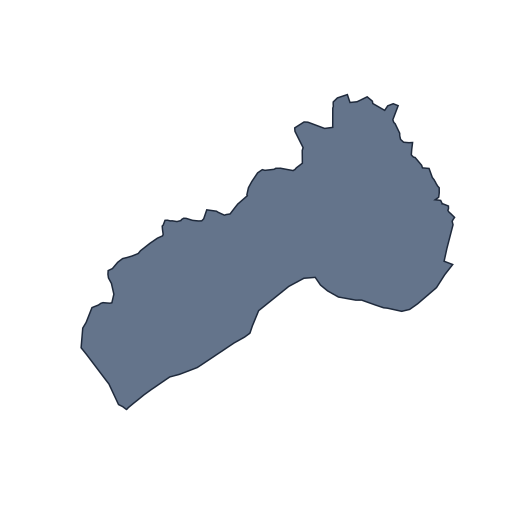 outline of Kagarko, Kaduna, Nigeria, rotated 336°
{"feature_id": "59680162B89404589930000", "entity_name": "Kagarko", "entity_type": "district", "adm_level": 2, "iso_a3": "NGA", "parent_name": "Nigeria", "parent_adm1": "Kaduna", "projection": "albers", "projection_center": [7.654, 9.484], "detail": "fine", "context": "isolated", "style": "filled", "palette": "slate", "viewbox_px": 512, "rotation_deg": 336, "n_neighbors": 0, "source": "geoboundaries", "source_scale": "gbopen_adm2", "svg_char_len": 2513}
<svg xmlns="http://www.w3.org/2000/svg" viewBox="0 0 512 512"><g transform="rotate(336 256 256)"><path d="M330.8,337.6L334.5,339.2L345.1,349.3L351.5,355.2L354.7,357.0L366.6,365.8L374.6,367.3L384.2,365.4L408.0,358.3L420.9,349.8L432.2,343.8L425.7,337.3L433.5,326.7L448.7,307.6L449.3,304.1L450.8,302.9L453.1,301.5L450.9,295.9L450.5,295.3L450.1,294.2L449.8,292.4L450.3,291.8L450.9,291.3L451.3,290.7L452.1,288.6L447.8,284.2L447.3,284.1L447.4,283.8L447.3,280.3L442.5,277.5L446.8,276.6L449.1,272.8L451.1,268.2L450.3,265.7L450.3,265.1L450.1,263.6L450.0,263.3L450.0,261.5L449.8,260.2L449.7,258.7L449.5,258.0L449.0,256.0L449.7,246.4L443.9,243.2L444.2,240.5L441.6,231.4L441.4,230.7L440.3,229.9L440.1,229.8L439.2,227.5L439.1,226.7L439.6,225.7L441.6,222.0L445.2,216.0L441.8,214.7L437.1,212.1L435.5,208.3L436.2,204.7L437.2,202.3L436.9,191.8L436.2,190.0L436.4,187.2L447.0,176.5L443.3,172.7L437.4,172.4L432.8,175.3L424.7,164.2L425.3,161.9L422.3,155.8L411.1,156.2L404.3,154.0L405.1,145.7L394.9,144.7L394.6,144.7L389.2,146.7L388.3,148.6L387.5,150.8L386.3,152.1L379.2,167.9L378.4,169.7L370.6,167.4L358.3,155.3L357.7,154.8L354.4,153.1L343.5,154.7L343.4,154.9L342.3,158.0L342.6,165.0L343.1,176.2L341.2,178.3L336.1,190.1L328.6,191.9L326.6,192.9L325.4,192.9L324.7,193.1L318.0,188.5L314.1,185.8L309.7,183.9L307.9,184.2L299.0,181.4L296.9,179.7L291.3,180.7L282.4,186.3L276.9,190.5L272.6,196.3L272.6,197.4L261.9,200.7L260.7,201.0L256.1,203.4L249.7,206.9L249.2,207.0L245.6,206.0L245.3,206.0L243.8,205.9L239.2,200.7L238.1,199.0L229.8,193.8L223.3,200.8L220.7,201.8L217.7,200.6L212.5,197.6L207.5,193.2L205.3,192.1L202.8,192.4L201.8,193.1L197.8,192.4L193.8,189.8L193.3,189.6L192.0,189.1L189.7,187.3L187.4,186.4L183.7,190.1L182.5,190.5L181.3,193.9L180.0,198.5L178.8,199.6L173.2,199.6L164.1,201.3L152.6,204.2L149.5,205.8L148.1,205.8L142.7,205.6L137.4,204.9L133.1,204.1L127.1,205.5L119.7,209.1L115.0,209.2L113.3,212.5L112.3,216.0L112.8,222.5L112.7,222.6L110.6,233.1L105.3,240.1L105.2,240.1L103.3,239.7L97.6,236.6L97.4,236.4L96.4,236.3L95.2,236.1L92.2,236.7L85.2,236.4L73.8,247.6L68.4,251.4L58.9,268.7L61.1,276.9L68.5,308.7L69.6,313.2L69.6,314.9L70.0,335.8L72.9,339.3L75.2,343.5L75.9,343.4L76.6,343.1L77.6,342.6L84.0,340.8L91.3,338.9L96.7,337.4L105.1,335.6L128.0,331.4L138.2,333.0L151.3,333.7L157.0,334.0L179.9,330.1L200.7,326.5L212.7,325.4L219.1,324.0L224.7,317.9L225.3,317.4L236.2,307.0L273.6,297.1L290.7,295.8L301.4,299.6L303.1,308.8L307.2,317.0L314.6,327.0L329.2,336.9L330.8,337.6Z" fill="#64748b" stroke="#1e293b" stroke-width="1.5"/></g></svg>